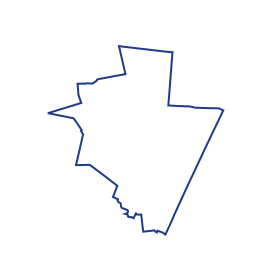 the district of Santa Cruz, Sonora, Mexico, rotated 115°
{"feature_id": "50627088B60654527748106", "entity_name": "Santa Cruz", "entity_type": "district", "adm_level": 2, "iso_a3": "MEX", "parent_name": "Mexico", "parent_adm1": "Sonora", "projection": "orthographic", "projection_center": [-110.513, 31.156], "detail": "fine", "context": "isolated", "style": "outline", "palette": "blue", "viewbox_px": 256, "rotation_deg": 115, "n_neighbors": 0, "source": "geoboundaries", "source_scale": "gbopen_adm2", "svg_char_len": 2620}
<svg xmlns="http://www.w3.org/2000/svg" viewBox="0 0 256 256"><g transform="rotate(115 128 128)"><path d="M57.6,170.8L80.2,153.1L91.8,169.3L96.7,176.1L96.8,176.2L97.0,176.2L97.1,176.3L97.3,176.3L97.6,176.4L97.8,176.4L98.0,176.4L98.4,176.4L98.5,176.5L98.8,176.6L99.0,176.7L99.1,176.8L99.5,177.0L100.1,177.4L100.6,177.7L101.1,178.0L101.3,178.1L101.7,178.3L102.0,178.5L102.3,178.7L102.4,178.8L102.6,178.9L102.7,179.0L102.8,179.1L102.9,179.3L103.0,179.4L103.0,179.5L103.2,179.8L103.3,180.1L103.4,180.5L103.6,180.9L103.9,181.7L104.0,182.0L104.2,182.4L104.4,182.9L104.5,183.2L104.6,183.4L104.6,183.6L104.7,183.9L104.8,184.0L105.1,184.3L105.3,184.5L105.5,184.8L105.7,185.0L105.8,185.1L105.8,185.3L105.8,185.5L105.9,185.8L106.0,185.9L106.0,186.0L106.3,186.3L106.3,186.5L106.5,186.8L106.6,187.1L106.8,187.5L107.0,188.0L107.3,188.7L107.5,189.0L107.7,189.4L107.8,189.6L107.9,189.8L108.0,190.0L108.2,190.4L108.3,190.4L108.7,191.3L108.9,191.7L109.2,192.4L119.1,186.8L125.0,180.9L136.3,193.4L138.4,195.7L138.4,195.8L144.4,202.4L148.4,206.9L144.5,190.8L142.2,181.6L143.9,178.3L149.5,169.0L150.5,169.4L152.8,166.0L182.7,159.6L183.6,159.4L177.6,147.1L180.0,135.2L184.9,113.2L196.9,112.5L196.8,106.2L197.0,106.6L197.2,106.9L197.8,107.1L198.1,106.9L198.4,106.6L198.5,106.3L198.6,106.1L198.8,105.8L199.0,105.5L199.2,105.2L199.2,104.6L199.2,104.1L199.2,103.6L199.3,103.0L199.5,102.8L199.8,102.5L200.6,102.1L201.2,101.7L201.7,101.4L201.9,101.2L202.2,101.0L202.4,100.7L202.6,100.4L202.9,100.0L203.0,99.8L203.1,99.1L203.0,98.7L202.9,98.1L202.8,97.8L202.7,97.3L202.7,97.0L202.7,96.4L202.7,95.6L202.7,94.9L202.7,94.4L202.7,94.0L202.7,93.6L202.9,93.5L203.1,93.2L203.4,92.9L203.7,92.7L204.2,92.5L204.6,92.5L205.1,92.6L205.5,92.9L205.8,93.0L206.1,93.3L206.3,93.5L206.6,93.7L206.7,93.8L206.9,94.0L206.8,93.6L206.7,93.3L206.6,92.8L206.6,92.6L206.6,92.3L206.7,92.0L206.8,91.7L206.9,91.4L207.1,91.2L207.5,91.2L207.8,91.0L208.1,90.8L208.3,90.4L208.3,89.9L208.2,89.4L208.1,89.0L208.1,88.7L207.8,88.1L207.5,87.7L207.4,87.3L207.2,86.9L207.2,86.6L207.3,86.4L207.4,86.0L207.4,84.8L202.1,84.7L202.7,83.4L200.9,79.4L211.1,73.2L215.5,70.3L211.1,63.1L209.6,60.9L210.0,60.2L210.4,59.3L210.4,57.7L208.7,58.0L208.1,52.8L208.8,49.1L194.9,49.1L186.0,49.4L170.7,49.5L169.4,49.5L152.5,49.6L132.9,49.5L124.5,49.5L115.4,49.5L102.9,49.4L101.8,49.4L101.7,49.4L93.8,49.3L71.8,49.1L71.8,51.8L71.8,54.0L75.6,62.5L81.2,75.7L82.3,81.0L85.6,88.8L87.5,93.3L90.5,101.0L72.2,107.8L60.4,112.3L59.5,112.6L58.3,113.0L55.3,114.2L40.5,119.7L41.1,121.3L42.9,126.2L47.3,139.5L48.9,144.4L49.5,146.1L56.7,167.9L56.9,168.7L57.6,170.8Z" fill="none" stroke="#1e3a8a" stroke-width="2"/></g></svg>